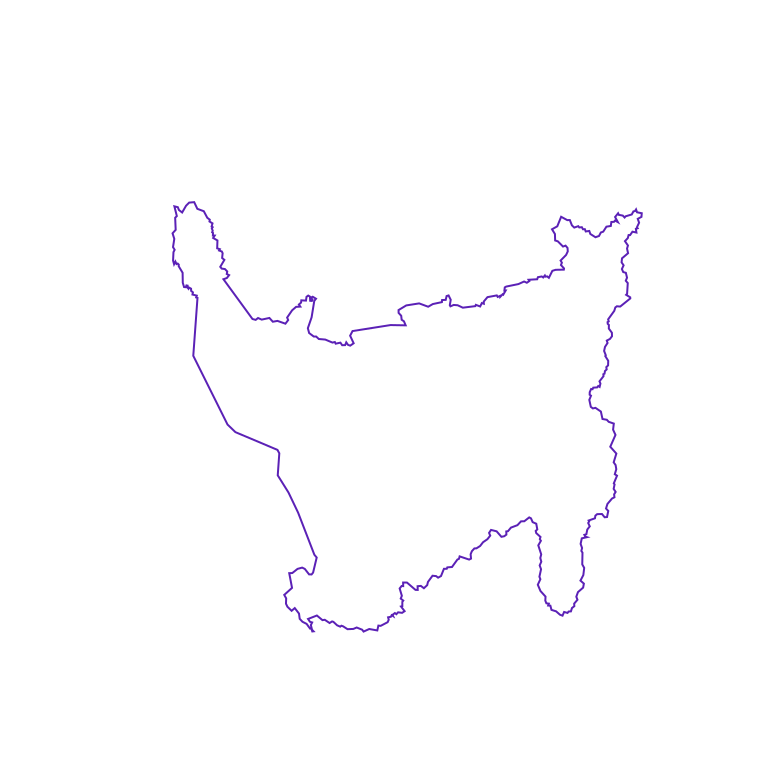 the district of Riosucio, Chocó, Colombia, rotated 202°
{"feature_id": "7082276B6840641027062", "entity_name": "Riosucio", "entity_type": "district", "adm_level": 2, "iso_a3": "COL", "parent_name": "Colombia", "parent_adm1": "Chocó", "projection": "albers", "projection_center": [-77.324, 7.341], "detail": "fine", "context": "isolated", "style": "outline", "palette": "violet", "viewbox_px": 768, "rotation_deg": 202, "n_neighbors": 0, "source": "geoboundaries", "source_scale": "gbopen_adm2", "svg_char_len": 6166}
<svg xmlns="http://www.w3.org/2000/svg" viewBox="0 0 768 768"><g transform="rotate(202 384 384)"><path d="M282.4,605.4L282.4,595.1L286.2,590.4L281.7,587.1L279.1,581.2L276.3,581.4L269.5,578.5L267.5,580.3L264.8,578.9L263.3,575.8L263.5,571.9L266.5,564.6L264.5,563.1L264.5,560.6L260.4,558.6L260.1,557.4L267.6,554.2L270.3,552.0L270.9,544.2L273.1,544.9L274.5,544.0L275.5,544.9L276.3,542.4L278.0,542.8L281.3,540.7L281.2,538.5L289.0,534.8L287.8,533.9L289.5,531.4L292.5,531.5L296.8,527.0L307.2,520.1L308.2,518.8L307.4,515.8L306.2,516.3L306.9,511.5L307.6,511.7L308.9,508.3L309.4,509.2L311.2,507.3L312.6,508.4L320.6,503.3L322.4,497.8L321.5,495.8L323.6,495.7L323.9,491.9L328.5,491.8L328.5,490.4L339.5,484.3L345.2,484.6L349.0,483.4L351.5,480.9L352.5,481.7L353.7,487.1L357.3,490.3L358.9,489.0L358.3,485.1L361.6,483.6L361.0,481.6L368.7,476.4L372.0,472.2L381.6,471.9L392.8,465.2L398.2,458.0L397.1,455.4L393.6,453.7L391.7,450.2L389.0,449.6L385.9,446.5L400.0,441.1L433.0,421.3L433.5,416.1L427.4,410.4L429.7,406.9L432.0,406.8L434.6,408.5L434.6,405.5L437.3,404.3L439.9,406.0L443.9,403.3L445.3,404.5L447.3,403.1L455.1,403.2L461.3,401.3L464.7,402.6L466.9,401.7L472.5,403.2L475.5,407.2L476.1,418.7L479.8,435.0L479.0,437.6L482.8,438.2L484.1,436.8L482.0,435.5L482.0,434.0L483.6,433.5L485.4,437.3L487.4,437.6L488.5,435.8L487.6,432.1L492.0,430.6L491.4,428.4L492.7,425.8L490.6,424.4L494.4,422.6L496.8,417.9L498.7,409.3L496.8,407.4L498.0,403.0L506.4,402.6L510.4,400.1L515.0,402.3L521.5,397.9L525.5,398.0L527.0,395.4L530.3,395.0L572.1,421.0L569.4,423.4L568.4,426.9L571.0,427.1L571.5,429.6L574.6,431.0L577.7,430.2L579.7,431.3L578.5,439.3L581.3,440.2L582.6,444.8L584.0,446.1L586.9,446.0L586.7,447.5L589.5,447.3L592.2,454.7L597.1,455.4L596.6,458.2L598.3,457.6L599.1,460.0L600.2,460.3L600.2,461.9L601.9,463.7L601.6,465.2L602.8,465.4L603.2,468.7L606.7,469.3L607.1,471.1L610.1,471.9L615.8,476.7L622.7,476.5L628.1,481.5L632.6,479.2L634.3,475.2L635.4,467.4L639.3,468.5L641.4,470.7L644.9,470.2L639.0,462.1L639.9,459.9L634.9,448.9L636.5,444.5L632.8,440.0L630.9,431.9L628.4,430.0L628.6,427.4L625.8,419.4L623.5,416.4L623.3,419.4L621.3,417.5L620.4,418.4L619.0,417.8L618.5,416.3L612.4,411.7L608.5,402.5L605.7,399.0L604.0,399.5L604.1,401.4L603.0,401.6L602.7,400.0L601.0,399.1L601.0,400.4L598.6,400.1L597.7,398.1L595.5,397.4L595.1,395.2L590.7,395.8L590.6,393.9L589.2,394.0L571.4,338.7L513.9,287.8L503.7,283.7L458.1,283.0L455.1,280.5L448.3,259.5L431.9,247.6L415.4,232.5L384.6,199.6L381.4,197.9L379.1,182.6L379.8,180.3L382.1,179.4L388.2,182.9L391.1,183.1L394.9,180.2L398.2,174.4L401.0,173.1L392.9,160.5L397.5,151.1L394.4,148.6L392.6,143.6L390.1,141.3L384.7,139.1L382.8,142.8L376.8,139.3L374.2,134.7L370.5,133.0L365.9,132.6L360.9,129.5L359.9,130.2L357.8,127.7L356.7,128.3L358.7,129.2L361.5,133.1L361.3,136.0L363.6,135.8L366.4,137.7L359.5,144.2L352.6,142.0L350.6,143.2L344.9,142.0L343.2,144.4L341.8,144.5L337.1,142.7L333.7,142.6L333.0,143.9L331.1,144.0L326.0,143.0L320.7,145.4L318.1,148.0L312.2,148.0L310.2,146.8L305.9,151.3L297.9,153.0L298.7,157.9L296.5,158.5L291.4,164.5L291.3,167.2L292.8,169.2L290.4,170.8L290.3,172.5L288.6,172.2L289.6,173.2L288.1,175.7L286.3,175.2L285.4,177.6L281.5,178.6L279.8,181.1L284.9,184.1L283.8,184.9L285.4,188.9L285.0,190.4L288.1,191.3L288.1,194.3L292.9,200.3L292.0,203.3L290.5,203.8L291.9,207.1L288.3,208.5L277.7,204.9L275.6,205.7L277.1,209.1L274.2,210.6L270.5,209.6L268.6,213.7L269.1,216.9L267.2,224.4L263.7,225.4L261.3,224.7L259.2,227.3L259.2,235.1L256.6,236.2L256.6,237.7L252.4,239.8L250.2,248.7L249.0,250.0L249.3,252.5L239.3,253.1L237.9,254.7L239.9,258.6L239.9,261.9L238.6,265.4L236.7,266.3L234.2,269.8L232.9,274.4L230.0,278.8L228.7,283.2L230.8,285.3L230.1,288.8L224.4,289.6L217.9,286.3L215.5,287.9L214.1,290.2L215.4,293.1L213.9,294.0L212.5,298.4L207.4,303.1L205.5,308.0L202.5,309.3L199.4,314.7L197.4,314.5L194.4,311.6L190.5,311.5L187.4,306.6L188.3,304.6L187.0,302.8L181.6,300.8L181.4,298.5L179.8,297.4L180.5,292.2L174.4,284.9L173.9,281.2L171.6,278.2L171.7,274.1L169.0,271.1L167.7,263.5L165.9,261.6L166.2,255.5L161.4,250.7L154.6,247.4L153.3,243.6L151.3,241.5L148.9,242.1L148.8,240.1L146.7,240.8L144.1,237.3L139.3,237.7L134.4,236.0L131.7,236.1L131.6,240.1L128.1,240.5L127.6,242.2L125.5,243.2L125.8,246.7L124.3,249.3L125.4,251.6L123.8,256.4L126.0,258.8L126.2,263.7L123.1,269.8L123.9,273.8L128.2,275.3L127.6,281.5L129.5,288.5L132.6,291.0L136.8,302.0L138.5,303.2L138.9,306.1L141.8,309.4L142.8,315.0L138.5,318.0L140.2,317.9L141.7,319.2L140.1,320.5L141.0,325.2L139.9,329.1L142.6,331.6L142.3,333.5L143.1,334.1L138.1,338.5L138.7,341.1L137.6,343.2L133.2,345.1L129.5,343.1L127.4,344.2L128.5,350.3L131.5,351.7L131.9,356.5L129.7,363.2L127.9,365.3L129.3,367.9L128.8,370.7L131.8,372.8L132.6,377.3L133.7,377.9L133.6,386.3L136.2,386.8L136.7,392.0L138.9,395.6L141.7,397.4L142.5,406.5L150.7,410.6L150.3,423.5L154.5,427.5L156.1,433.4L161.5,433.1L164.0,434.3L168.3,433.4L172.6,439.7L179.0,441.1L181.2,439.6L183.7,440.3L187.7,446.2L187.7,450.7L189.3,451.1L190.2,453.5L190.1,457.0L188.7,457.3L188.6,459.0L185.1,460.7L184.6,462.4L183.0,462.1L183.5,465.5L185.2,467.2L183.4,473.5L184.3,475.2L183.4,476.2L184.0,478.8L183.0,480.9L184.2,482.9L183.2,485.2L184.8,489.5L189.3,492.8L189.1,493.7L192.3,497.1L193.0,501.2L192.1,505.8L193.7,507.7L191.4,510.4L190.5,513.7L191.9,516.9L196.3,519.6L197.6,523.0L199.1,523.6L199.9,525.1L199.1,526.2L200.4,527.9L197.9,538.1L198.2,541.6L197.2,543.3L194.0,544.3L187.7,555.6L188.2,556.6L192.9,557.4L192.4,558.7L195.8,568.9L198.5,570.3L198.5,573.6L201.4,577.7L204.1,577.4L206.5,579.7L206.3,583.8L209.3,585.8L210.4,589.7L206.7,596.7L209.4,600.6L209.7,603.8L214.1,606.7L212.6,610.6L213.0,613.7L211.6,614.3L210.7,618.3L206.7,619.0L208.6,622.2L207.2,623.4L208.2,624.0L207.9,629.1L210.6,632.2L207.9,635.4L209.0,638.9L213.7,638.0L215.7,640.3L216.1,638.3L217.4,637.5L217.8,634.0L222.8,630.0L223.3,628.5L225.7,629.6L229.6,628.8L230.9,630.0L232.3,625.4L227.8,621.7L231.0,622.1L231.5,620.5L233.9,619.4L232.9,615.5L236.7,613.2L237.8,607.4L239.7,605.7L240.1,601.8L242.9,599.3L248.9,600.4L251.0,602.8L254.1,601.0L255.8,602.8L257.5,602.0L259.3,603.5L261.6,602.3L263.0,603.1L266.2,600.3L269.2,601.5L273.1,605.6L275.5,604.6L282.4,605.4Z" fill="none" stroke="#5b21b6" stroke-width="2"/></g></svg>